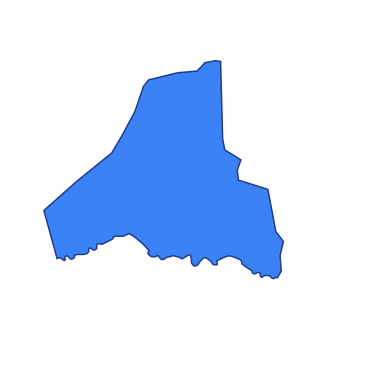 Allendale, South Carolina, United States of America, rotated 301°
{"feature_id": "52423323B67769542433711", "entity_name": "Allendale", "entity_type": "district", "adm_level": 2, "iso_a3": "USA", "parent_name": "United States of America", "parent_adm1": "South Carolina", "projection": "robinson", "projection_center": [-81.466, 32.951], "detail": "fine", "context": "isolated", "style": "filled", "palette": "blue", "viewbox_px": 384, "rotation_deg": 301, "n_neighbors": 0, "source": "geoboundaries", "source_scale": "gbopen_adm2", "svg_char_len": 2158}
<svg xmlns="http://www.w3.org/2000/svg" viewBox="0 0 384 384"><g transform="rotate(301 192 192)"><path d="M265.8,97.1L257.5,96.0L231.9,101.6L203.6,103.0L197.0,103.0L184.1,103.1L142.1,87.8L99.9,74.6L65.4,110.7L66.1,111.1L67.1,111.9L67.7,113.5L67.7,115.2L67.5,116.3L67.4,117.4L67.5,117.8L67.9,118.0L68.9,118.1L70.5,116.5L71.4,116.4L72.1,116.8L73.1,118.5L73.0,119.5L72.5,120.8L72.1,121.8L72.2,122.8L72.6,123.7L74.8,124.8L75.7,124.8L76.6,124.1L77.7,124.3L79.9,126.4L81.2,128.9L82.5,131.0L85.1,133.7L87.0,134.1L88.0,134.0L89.0,133.4L89.7,132.9L90.0,132.9L90.6,132.9L91.0,133.1L91.6,133.7L91.7,134.4L91.6,135.1L91.4,136.6L91.6,137.6L92.0,138.3L92.7,138.9L94.3,139.4L95.1,139.1L97.5,137.7L98.7,137.8L99.6,138.8L99.8,139.0L100.7,141.4L101.3,142.2L110.4,147.9L113.5,148.3L114.4,148.7L118.8,155.9L123.5,159.2L123.9,159.9L124.0,165.7L123.8,167.0L122.3,176.4L120.0,184.4L119.9,185.0L119.1,185.5L118.2,185.5L117.3,185.4L116.7,185.8L116.4,186.4L116.2,187.0L116.1,187.6L115.8,188.1L115.7,188.8L115.8,189.6L115.9,190.6L116.4,192.2L117.9,193.9L120.0,195.7L120.0,196.4L118.5,199.3L118.6,201.1L119.9,202.7L122.1,203.3L127.8,208.8L129.3,213.6L129.7,218.0L134.5,220.6L136.0,221.3L136.9,222.4L136.6,223.5L133.7,226.6L133.3,226.6L130.7,228.3L129.6,231.9L131.2,233.9L133.9,234.7L135.0,234.4L141.7,235.9L142.2,236.5L142.9,239.0L142.2,244.1L140.7,247.2L141.7,249.7L142.4,250.7L143.0,250.8L143.9,250.1L146.0,249.0L146.6,249.2L147.1,249.5L154.8,254.8L157.1,258.0L157.6,260.2L158.8,267.6L158.6,269.1L158.0,270.2L156.1,272.0L155.6,276.9L155.4,281.2L155.5,283.4L154.1,285.0L153.6,286.2L153.9,287.5L154.8,288.5L155.9,289.2L156.9,289.7L157.3,290.4L157.4,291.1L157.3,291.6L157.3,292.3L156.6,293.1L155.6,293.5L155.2,293.9L155.0,294.3L154.8,294.8L154.8,295.5L154.9,295.9L155.5,296.1L156.7,296.6L157.8,297.5L159.0,299.1L159.6,300.5L160.2,301.9L159.6,303.7L159.4,305.0L159.7,306.1L160.1,307.0L161.3,307.4L162.0,307.8L162.4,308.6L162.5,309.4L170.3,309.2L182.7,300.3L196.7,295.8L201.2,284.3L233.3,255.7L226.1,225.7L234.0,219.5L244.7,217.4L245.0,198.4L253.3,190.9L318.6,149.3L316.6,144.5L309.6,136.6L298.3,134.1L287.0,118.5L265.8,97.1Z" fill="#3b82f6" stroke="#1e3a8a" stroke-width="1.5"/></g></svg>